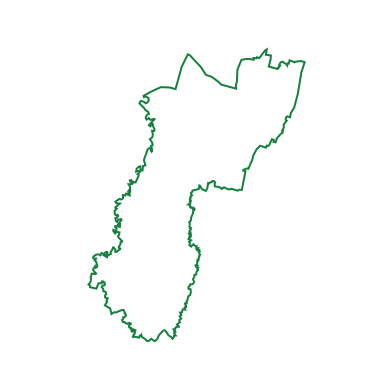 outline of Kota Jakarta Timur, Jakarta Raya, Indonesia, rotated 12°
{"feature_id": "22746128B5353616278909", "entity_name": "Kota Jakarta Timur", "entity_type": "district", "adm_level": 2, "iso_a3": "IDN", "parent_name": "Indonesia", "parent_adm1": "Jakarta Raya", "projection": "robinson", "projection_center": [106.894, -6.261], "detail": "fine", "context": "isolated", "style": "outline", "palette": "green", "viewbox_px": 384, "rotation_deg": 12, "n_neighbors": 0, "source": "geoboundaries", "source_scale": "gbopen_adm2", "svg_char_len": 6110}
<svg xmlns="http://www.w3.org/2000/svg" viewBox="0 0 384 384"><g transform="rotate(12 192 192)"><path d="M275.2,41.5L271.2,41.3L265.4,43.3L265.3,43.8L260.1,42.9L259.9,46.4L258.7,46.4L258.7,48.4L258.0,47.6L253.3,45.7L251.7,46.8L251.0,49.0L251.9,49.8L251.7,50.6L251.0,50.5L251.2,51.7L250.8,52.9L250.0,52.9L249.9,53.9L241.0,53.3L241.3,46.2L240.8,42.1L235.7,42.4L235.5,37.0L233.9,38.6L230.0,47.0L227.6,46.7L227.6,47.7L224.3,48.1L224.9,49.7L219.0,50.1L212.9,52.4L211.0,62.9L213.0,75.0L212.6,78.2L213.6,81.7L198.2,80.9L195.1,78.8L187.4,75.3L181.2,74.5L174.7,67.9L161.6,58.8L159.3,58.2L155.9,71.5L154.5,94.8L148.5,94.4L139.8,95.9L131.5,102.0L124.7,107.9L125.2,109.1L126.8,108.3L129.7,109.0L130.3,110.1L130.5,112.2L129.7,113.8L128.3,114.9L126.6,113.9L123.3,113.5L122.6,114.3L122.2,116.3L127.7,119.8L129.0,121.3L132.8,122.9L133.6,124.8L132.5,125.3L131.7,126.7L131.2,128.4L131.5,129.4L132.7,130.6L134.2,128.7L136.4,130.1L139.4,128.4L140.2,128.6L135.9,135.6L137.5,136.5L138.0,135.6L137.8,133.8L139.4,133.5L140.3,135.8L142.4,138.6L142.4,140.1L140.2,140.4L141.7,143.7L141.9,146.4L139.8,149.2L142.2,151.3L143.5,153.3L143.7,154.6L142.3,155.3L143.7,157.6L144.4,160.4L144.1,161.0L143.5,160.6L142.4,157.7L141.7,157.6L140.4,158.5L139.6,160.6L138.3,170.8L140.9,175.5L138.6,176.9L139.2,181.2L137.3,181.9L136.1,177.7L134.7,178.3L133.0,180.8L133.1,183.7L135.2,182.5L136.1,182.7L136.7,183.6L135.0,185.9L136.3,186.4L136.5,187.1L134.8,194.4L131.5,194.3L130.1,193.0L128.8,193.5L129.1,194.3L132.2,195.8L131.9,196.5L128.3,197.6L130.0,199.2L131.5,204.8L130.9,205.3L129.8,204.0L129.4,205.1L131.6,207.2L131.8,208.3L127.8,207.3L127.5,209.2L125.0,209.4L125.8,211.7L125.4,213.3L124.0,214.1L122.4,213.9L119.1,217.4L120.4,218.7L123.8,218.3L120.2,223.0L120.5,223.6L121.8,223.9L120.1,226.7L121.5,230.1L122.7,230.7L123.8,229.8L124.8,230.6L124.1,232.6L122.5,233.5L123.7,236.3L124.9,236.8L125.6,234.4L128.2,233.2L128.9,234.0L126.2,239.2L126.4,239.6L127.3,238.4L128.3,238.2L128.7,241.2L124.2,241.1L123.8,241.9L125.8,243.6L126.0,245.5L125.2,246.1L123.0,245.3L123.1,246.6L125.4,248.5L126.5,246.8L129.4,246.5L129.6,248.9L128.9,250.5L129.3,251.6L133.9,254.5L133.8,255.3L132.6,255.8L132.9,258.0L131.8,260.9L132.2,261.9L133.3,262.0L133.7,262.6L130.4,266.4L129.5,266.5L128.9,264.2L127.0,262.5L126.3,262.6L126.0,265.0L124.8,267.8L125.5,269.5L122.7,271.6L122.5,273.5L119.4,272.4L121.5,271.2L122.0,269.2L121.3,268.3L120.1,268.7L118.6,271.0L116.2,270.5L115.7,273.0L114.0,272.4L111.3,273.1L109.1,275.6L108.8,276.6L109.5,277.5L112.0,277.1L111.9,277.8L111.1,278.1L111.0,279.1L112.8,280.3L114.8,284.1L114.6,285.3L113.6,286.1L112.6,284.7L111.2,288.5L113.2,290.5L115.2,291.6L114.8,292.2L110.9,292.7L110.6,296.7L111.4,298.5L111.4,301.2L110.0,304.1L111.7,304.9L112.1,306.3L118.5,306.4L119.6,300.7L122.0,300.2L122.7,298.0L123.9,298.1L124.0,299.0L125.3,298.7L126.1,300.9L125.1,301.9L124.0,302.0L123.4,303.7L125.4,305.4L125.9,307.5L128.1,307.5L129.1,308.9L129.3,309.9L128.5,311.1L128.9,313.2L131.7,313.6L131.0,316.1L131.8,316.8L130.4,321.0L136.1,322.9L138.6,328.0L140.9,325.7L142.3,325.8L148.4,321.8L149.8,321.7L151.3,324.0L151.3,324.8L152.0,324.7L153.2,326.6L151.9,328.4L150.8,328.8L151.2,330.0L150.1,331.8L151.6,333.6L152.8,333.1L154.2,334.0L156.5,334.4L157.6,333.1L159.3,333.2L159.5,334.1L158.7,334.4L158.2,336.3L158.7,337.4L159.3,337.3L160.3,338.3L160.9,337.7L161.6,338.3L161.6,340.4L162.1,341.1L163.4,340.7L163.6,338.6L165.3,339.0L164.8,340.0L165.4,341.0L165.3,342.8L164.7,343.5L164.2,345.8L165.1,346.2L165.9,345.4L170.4,345.5L170.7,343.5L171.6,343.6L172.1,342.3L173.1,344.2L177.3,345.8L178.6,347.0L180.4,346.9L182.7,344.1L186.1,345.5L187.1,345.2L188.6,343.1L189.4,339.0L192.6,333.5L193.9,332.9L195.2,333.4L198.7,337.0L201.7,338.2L203.5,339.6L204.4,337.5L204.2,336.4L205.9,335.8L203.9,334.0L204.9,332.5L203.5,332.0L203.9,331.0L202.6,330.1L204.1,329.5L204.0,328.3L205.1,326.9L207.0,326.7L206.7,325.8L204.9,324.7L207.2,321.8L206.6,321.3L206.2,319.8L207.8,318.1L205.8,316.1L207.1,314.7L205.5,312.4L207.1,312.1L207.3,308.8L209.9,308.4L208.7,306.9L209.2,305.7L210.1,305.7L210.0,305.0L209.5,303.7L208.4,303.1L208.4,302.3L210.0,301.5L209.4,299.9L210.0,298.9L209.9,296.1L210.2,294.5L211.4,293.4L211.8,290.6L210.8,287.4L209.0,287.5L208.3,286.4L208.5,285.2L209.3,284.4L209.4,282.7L211.2,282.3L212.4,281.2L212.7,279.4L211.1,277.0L212.0,274.2L211.5,272.7L213.2,271.8L213.0,269.1L214.1,267.1L213.5,266.6L213.7,265.7L213.2,266.0L212.8,265.3L213.2,264.5L211.7,264.4L210.7,263.1L212.5,262.4L211.8,261.7L212.0,260.0L211.4,258.7L212.0,258.0L211.7,257.2L212.5,257.3L212.3,254.7L212.7,253.8L212.3,253.4L212.9,251.7L212.3,251.6L211.8,249.8L211.2,249.4L211.9,248.8L211.4,247.2L211.0,247.0L209.9,248.0L209.2,247.8L209.6,245.7L208.0,246.5L207.7,244.1L207.0,244.4L204.2,242.8L203.7,244.1L202.6,244.4L202.5,245.4L200.4,244.5L200.5,241.9L199.5,241.2L201.1,239.4L198.4,238.8L198.6,237.0L199.5,237.0L200.2,235.6L199.8,234.8L199.3,236.1L198.6,234.8L200.4,233.2L198.8,233.9L198.9,232.6L197.3,234.0L198.2,232.0L197.6,230.8L198.7,228.6L197.5,227.9L198.1,227.1L196.8,226.6L196.3,222.7L195.6,222.2L197.0,219.6L196.4,217.5L197.3,213.0L197.1,210.7L198.2,208.5L197.7,207.7L196.5,208.4L196.3,207.1L194.5,207.7L193.9,206.7L193.3,207.1L192.7,206.1L192.7,204.8L191.0,205.0L192.6,202.9L192.7,201.2L191.8,201.4L192.0,199.4L191.4,199.3L191.5,197.0L192.2,196.8L191.9,195.2L192.5,195.0L191.1,193.3L192.3,191.4L192.3,190.5L198.0,187.6L197.8,184.1L198.8,184.4L200.1,186.2L201.9,187.3L205.3,188.1L206.2,185.2L205.9,179.8L207.2,180.0L207.8,178.8L209.6,177.9L209.6,177.1L210.5,176.8L211.9,177.0L212.7,178.1L212.4,178.9L213.1,181.8L216.4,181.5L219.5,182.0L220.5,182.8L222.3,180.8L227.4,181.9L230.3,180.6L236.5,181.2L237.4,180.0L240.3,179.6L240.0,160.6L237.7,160.5L237.7,159.6L241.0,157.4L242.3,157.6L244.3,147.6L244.3,143.9L246.2,137.0L249.0,132.6L255.1,133.2L255.5,131.0L256.9,131.1L257.6,130.5L259.2,123.8L261.2,124.0L261.3,126.0L263.4,126.1L263.9,121.8L266.7,116.7L268.1,115.4L268.3,114.5L267.6,113.8L268.2,113.0L267.5,112.4L268.5,109.9L267.6,107.1L269.8,102.5L268.6,102.0L268.5,99.5L269.3,98.2L272.3,98.5L272.4,93.8L274.4,88.1L275.1,73.8L274.1,52.4L275.2,41.5Z" fill="none" stroke="#15803d" stroke-width="2"/></g></svg>